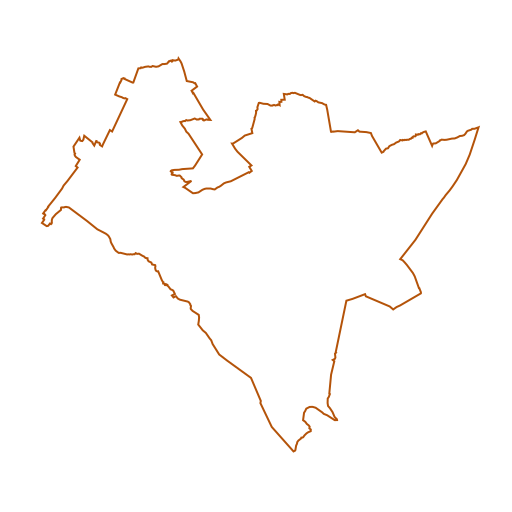 Acajete, Puebla, Mexico, rotated 93°
{"feature_id": "50627088B33584621576624", "entity_name": "Acajete", "entity_type": "district", "adm_level": 2, "iso_a3": "MEX", "parent_name": "Mexico", "parent_adm1": "Puebla", "projection": "orthographic", "projection_center": [-97.961, 19.1], "detail": "fine", "context": "isolated", "style": "outline", "palette": "amber", "viewbox_px": 512, "rotation_deg": 93, "n_neighbors": 0, "source": "geoboundaries", "source_scale": "gbopen_adm2", "svg_char_len": 6045}
<svg xmlns="http://www.w3.org/2000/svg" viewBox="0 0 512 512"><g transform="rotate(93 256 256)"><path d="M224.7,470.8L225.0,470.4L224.8,469.7L226.2,468.5L229.8,470.6L230.5,469.4L230.9,469.4L234.2,471.5L237.1,466.6L237.0,466.0L236.7,465.1L234.3,463.4L234.9,462.4L234.3,461.8L233.4,461.6L231.8,461.8L230.2,461.7L228.7,461.2L224.7,458.1L220.2,453.2L218.0,453.2L217.7,453.0L217.5,450.3L217.0,449.1L216.9,448.1L217.3,445.4L229.8,426.7L237.6,415.9L241.6,407.1L242.9,405.2L244.0,404.1L246.7,402.4L249.3,401.8L250.8,401.1L254.8,398.6L255.9,398.1L258.0,396.4L259.5,394.2L260.1,393.2L259.9,391.4L261.2,384.8L261.0,383.5L261.1,382.4L260.8,381.4L261.0,379.7L260.6,378.3L260.6,377.3L259.4,376.3L260.1,374.9L259.8,373.0L261.8,369.3L262.3,367.9L263.7,366.3L263.9,364.2L265.3,364.1L266.9,363.0L268.0,360.2L269.9,359.3L270.4,356.2L271.6,355.9L272.8,356.1L274.1,355.9L275.7,355.3L276.1,354.8L276.6,353.7L276.4,352.9L284.8,348.9L286.9,347.6L287.0,347.2L288.3,347.3L288.4,346.2L289.8,345.4L289.8,345.0L288.8,344.5L289.3,343.3L289.8,343.7L290.4,342.6L291.1,341.8L293.7,339.6L294.2,338.1L294.9,336.8L298.2,335.0L299.8,337.9L301.7,336.2L300.3,333.9L302.6,331.8L303.6,329.7L305.1,321.8L305.7,320.6L307.6,319.1L308.2,319.1L309.3,318.3L311.5,318.5L312.4,318.3L314.2,316.4L317.8,310.1L320.4,309.6L323.8,309.7L327.5,310.1L333.0,305.3L335.4,302.1L340.7,298.0L342.5,296.3L346.2,294.7L356.3,287.6L362.2,279.0L378.0,254.6L400.5,243.6L402.7,243.9L425.9,231.3L449.2,208.3L448.3,206.8L447.6,206.5L443.2,206.0L441.2,205.2L439.8,205.1L438.1,204.0L436.0,201.6L435.0,201.2L434.9,200.1L434.5,199.4L432.6,198.2L430.5,196.3L429.3,194.7L428.1,192.2L426.4,192.2L425.3,193.7L423.6,193.5L422.3,194.6L421.1,196.4L419.0,198.1L417.5,200.4L410.0,199.8L408.3,198.8L405.8,197.8L403.9,194.5L403.7,191.5L404.4,188.5L408.7,181.7L410.1,180.1L411.3,176.6L415.8,168.8L415.6,166.5L414.8,166.7L412.6,169.1L407.9,171.4L404.1,174.2L402.0,176.2L399.1,176.8L395.1,176.9L394.5,176.9L393.1,176.0L390.0,175.0L389.6,175.6L370.5,174.8L357.0,172.3L355.8,173.9L354.6,171.9L353.3,171.4L349.4,172.0L348.4,171.1L348.2,171.4L295.9,163.4L293.8,157.4L288.4,145.1L290.5,144.2L299.4,119.8L302.2,116.2L299.6,112.9L297.9,109.6L284.7,89.4L283.6,89.4L281.2,90.5L279.6,91.2L279.6,91.6L268.1,96.4L264.8,98.4L257.0,104.9L254.6,107.2L252.6,109.3L251.6,111.8L231.6,97.7L204.5,82.3L189.4,72.6L187.9,71.4L185.3,69.8L180.4,66.1L176.3,63.4L169.6,59.4L153.2,51.4L143.6,47.9L128.0,43.6L115.8,40.5L117.5,44.4L117.7,46.8L118.5,47.5L119.9,51.0L120.6,51.9L123.0,53.3L124.4,54.5L125.2,56.5L125.5,58.7L127.0,61.1L128.2,63.7L128.5,66.5L129.9,71.6L130.2,73.6L130.1,76.8L130.6,77.5L130.9,78.4L131.5,78.6L134.1,82.4L134.4,84.9L135.1,85.4L136.8,85.9L122.7,93.0L123.3,94.8L124.1,96.2L124.9,96.9L124.7,97.6L125.9,98.7L125.8,100.3L126.5,100.7L126.3,102.7L127.6,102.7L128.2,103.3L128.2,104.7L128.6,105.4L129.8,105.8L129.7,106.7L130.8,107.4L131.1,108.6L131.9,109.5L132.0,111.5L132.3,112.1L132.2,113.6L132.6,114.2L132.4,115.5L132.9,115.8L132.6,118.1L133.8,118.9L134.3,119.6L135.4,122.0L137.1,124.0L137.8,126.0L139.1,128.2L139.5,128.7L141.5,129.8L142.0,131.8L144.7,134.0L145.3,134.2L146.2,135.9L130.1,146.4L127.2,147.7L126.5,152.3L126.4,159.2L125.1,160.8L127.3,163.8L127.0,181.0L127.8,185.2L127.6,185.6L128.1,186.9L128.0,187.6L106.3,192.5L101.4,193.9L101.4,194.5L100.8,196.3L99.9,197.9L99.3,201.8L98.2,203.5L97.8,204.7L98.6,205.5L95.3,210.9L95.2,211.9L94.6,213.1L94.6,214.0L93.9,216.2L92.6,217.9L93.0,219.5L92.8,220.6L91.0,225.7L91.4,227.3L91.1,228.3L91.3,228.9L91.6,229.9L92.4,230.7L92.4,232.3L93.0,233.2L92.7,236.7L98.4,235.5L98.7,238.9L100.7,238.7L101.0,240.2L100.9,240.7L104.1,240.3L103.8,240.8L103.5,241.8L104.2,242.2L104.0,242.7L104.7,244.3L104.2,245.9L104.5,246.3L104.5,246.9L105.0,247.7L105.0,249.5L103.6,252.4L103.6,256.6L102.8,260.4L103.0,261.2L107.3,262.4L109.2,262.1L110.8,263.0L111.0,263.6L113.1,263.4L115.3,263.8L117.4,264.3L117.9,264.7L119.2,264.5L128.1,266.4L129.0,266.8L129.2,267.2L133.5,266.1L136.3,273.5L138.8,276.2L144.4,284.1L145.0,285.2L145.0,285.8L149.9,282.5L152.8,280.0L165.8,265.3L167.3,267.4L171.3,264.7L173.2,267.0L172.7,267.6L182.7,285.1L184.1,289.7L185.1,291.8L187.8,294.9L188.9,296.5L189.6,298.1L191.7,300.7L191.5,302.6L191.0,304.8L191.2,309.1L191.7,310.9L192.7,313.0L195.5,316.8L196.4,320.2L196.6,322.3L191.7,330.2L190.9,332.1L184.4,324.4L185.7,328.9L185.7,330.2L185.3,331.0L185.1,331.4L183.5,332.2L182.2,334.3L181.3,334.5L179.7,336.3L179.6,336.9L180.1,339.3L179.5,341.2L179.3,344.1L179.0,344.5L178.3,344.4L177.5,343.6L176.9,343.6L176.6,344.7L175.8,345.6L175.4,345.4L174.8,344.5L174.3,342.0L173.9,337.4L173.1,334.3L171.8,323.6L168.9,321.6L157.4,315.1L137.4,329.8L135.5,332.1L132.6,333.7L129.5,336.5L126.2,338.5L125.7,336.6L125.3,336.1L124.9,334.7L125.0,333.9L123.9,332.8L124.3,331.6L123.8,328.6L121.9,324.4L122.9,322.1L122.6,321.1L122.7,320.3L121.9,319.5L121.7,316.8L122.0,316.3L122.4,316.0L122.9,316.1L123.3,315.6L123.3,314.7L122.7,313.7L122.1,312.1L122.5,311.4L122.5,308.7L112.5,316.5L96.5,327.0L96.9,327.4L94.3,329.0L89.9,323.7L86.6,325.7L86.8,326.2L85.8,328.0L84.9,334.3L75.6,337.3L67.6,340.4L65.7,341.5L62.8,343.7L63.9,343.9L65.1,346.9L64.8,349.5L65.5,349.4L66.1,349.8L66.3,350.2L65.4,351.3L65.4,351.7L65.8,352.2L66.1,353.1L66.5,353.1L66.8,353.7L67.6,354.1L68.6,355.0L69.1,357.5L69.2,359.5L71.7,363.2L72.3,365.7L71.7,369.2L72.6,370.5L72.6,372.3L72.3,373.4L72.5,374.5L72.9,376.6L73.9,379.2L73.7,380.6L74.5,381.0L74.8,383.3L89.2,387.6L89.3,388.3L86.0,396.7L85.6,396.6L85.3,397.7L86.3,399.6L87.4,399.6L90.0,400.7L89.9,401.0L102.2,405.1L103.8,400.9L104.4,398.4L105.0,397.3L105.5,395.7L105.2,394.7L106.1,392.8L139.2,406.2L137.9,408.5L152.6,414.7L154.6,415.4L153.3,417.6L152.8,417.9L152.0,417.7L151.1,418.4L150.8,420.4L150.3,421.1L148.8,421.3L154.2,423.3L151.9,425.1L151.1,425.2L144.9,433.8L148.9,434.5L150.3,435.5L150.2,436.8L149.9,437.6L147.1,438.5L156.3,444.0L162.5,442.7L163.2,442.0L164.2,442.5L165.3,442.1L166.6,441.0L169.1,437.1L175.6,440.7L177.0,438.8L191.1,448.3L195.7,451.8L198.8,453.2L208.5,459.6L217.6,466.2L217.9,466.0L221.4,468.2L221.3,468.6L224.7,470.8Z" fill="none" stroke="#b45309" stroke-width="2"/></g></svg>